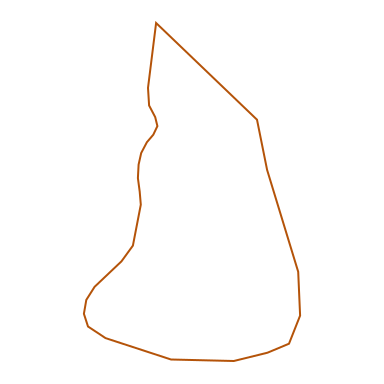 the border of Arima
{"feature_id": "TTO-53", "entity_name": "Arima", "entity_type": "City", "adm_level": 1, "iso_a3": "TTO", "parent_name": "Trinidad and Tobago", "parent_adm1": "", "projection": "orthographic", "projection_center": [-61.284, 10.631], "detail": "fine", "context": "isolated", "style": "outline", "palette": "amber", "viewbox_px": 384, "rotation_deg": 0, "n_neighbors": 0, "source": "natural_earth", "source_scale": "10m", "svg_char_len": 456}
<svg xmlns="http://www.w3.org/2000/svg" viewBox="0 0 384 384"><path d="M156.1,23.0L257.0,119.7L267.1,169.9L298.2,271.8L300.1,315.6L289.0,343.7L267.5,352.7L233.8,361.0L171.0,359.5L105.5,338.1L88.0,326.5L83.9,313.8L86.3,299.9L94.6,286.8L121.5,261.3L132.9,245.6L140.8,204.7L139.7,191.6L137.9,178.1L138.6,164.6L141.2,153.0L146.9,142.2L153.3,134.7L157.4,126.1L155.2,117.1L149.1,105.5L148.0,87.9L156.1,23.0Z" fill="none" stroke="#b45309" stroke-width="2"/></svg>